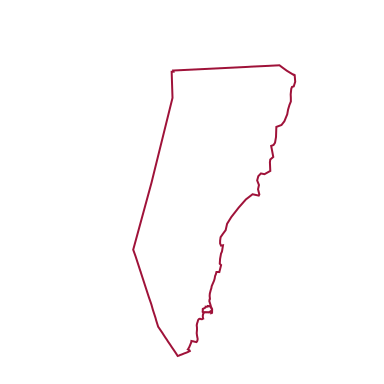 Al Hawak, Al Hudaydah, Yemen (Robinson projection), rotated 207°
{"feature_id": "15242507B19229428361360", "entity_name": "Al Hawak", "entity_type": "district", "adm_level": 2, "iso_a3": "YEM", "parent_name": "Yemen", "parent_adm1": "Al Hudaydah", "projection": "robinson", "projection_center": [42.952, 14.752], "detail": "fine", "context": "isolated", "style": "outline", "palette": "rose", "viewbox_px": 384, "rotation_deg": 207, "n_neighbors": 0, "source": "geoboundaries", "source_scale": "gbopen_adm2", "svg_char_len": 3170}
<svg xmlns="http://www.w3.org/2000/svg" viewBox="0 0 384 384"><g transform="rotate(207 192 192)"><path d="M264.7,289.9L252.1,267.0L234.5,191.3L232.3,181.9L218.6,115.9L218.2,113.9L213.1,109.1L207.7,103.7L201.9,97.9L201.3,97.4L201.2,97.2L187.5,83.5L187.0,83.0L182.8,78.8L178.3,74.5L176.9,73.1L173.4,69.3L172.2,68.1L171.5,67.4L167.6,63.5L167.4,63.3L165.6,61.3L161.0,56.6L154.8,53.2L154.4,53.0L153.6,52.5L149.8,50.3L147.2,48.9L145.4,47.8L145.0,47.6L142.6,46.3L142.4,46.2L139.6,44.6L137.2,43.3L135.9,42.6L133.9,41.5L133.2,41.1L130.3,39.4L129.6,40.1L129.2,40.5L128.9,40.9L128.5,41.5L128.0,41.9L127.8,42.1L127.7,42.3L127.2,42.8L126.9,43.1L126.8,43.3L126.5,43.6L126.0,44.2L125.6,44.7L124.6,45.7L124.2,46.2L124.0,46.4L123.3,47.2L123.0,47.6L122.8,47.8L122.2,48.8L121.8,49.1L121.7,49.3L122.4,49.8L123.6,49.9L124.2,49.9L124.1,50.5L124.1,51.4L124.0,52.8L124.1,53.1L124.1,53.4L124.2,55.0L124.3,55.9L124.3,56.2L124.4,57.3L124.5,57.9L124.6,58.1L124.9,59.0L124.0,59.2L123.6,59.4L123.3,59.4L122.8,59.6L122.1,59.7L119.9,60.3L119.8,60.8L119.7,61.5L119.8,62.2L119.9,62.5L120.0,62.9L120.1,63.3L120.7,64.3L120.9,64.5L121.2,64.8L121.7,65.5L121.9,65.8L122.1,66.0L122.4,66.4L123.0,67.3L123.7,68.3L124.2,69.5L124.6,70.5L124.7,70.8L124.9,71.2L125.1,71.7L125.3,72.1L125.9,73.2L126.1,73.6L126.7,74.5L127.0,74.9L127.2,75.4L127.4,75.6L127.5,76.2L127.6,76.6L127.8,77.1L127.9,77.8L127.9,78.1L128.0,78.6L128.3,80.1L128.4,80.5L128.2,81.8L127.5,82.6L126.9,82.8L126.3,82.8L126.1,82.8L125.1,83.4L124.8,84.1L124.6,84.3L125.0,84.7L125.8,85.9L126.2,86.6L126.4,87.5L126.6,87.8L126.6,88.0L126.7,88.6L126.6,88.9L126.6,89.4L126.7,89.8L126.5,90.2L126.3,90.4L125.3,90.9L123.6,91.8L122.0,92.5L121.9,92.8L121.3,93.9L121.4,94.0L122.1,92.8L122.2,92.6L122.4,92.6L123.3,92.1L125.6,91.0L126.9,90.3L127.7,89.8L128.1,90.0L128.9,92.1L129.3,92.5L129.3,92.8L129.1,93.0L128.7,93.5L128.2,94.2L127.6,95.1L127.6,95.6L127.6,95.8L127.7,96.0L127.4,96.1L126.0,97.0L126.2,97.6L125.4,97.9L124.3,98.4L122.0,97.2L121.5,96.9L121.2,96.8L121.1,96.6L120.9,96.4L120.8,96.1L120.6,95.6L120.5,95.3L120.3,95.1L120.1,94.9L120.0,94.4L119.8,93.8L119.9,93.4L119.8,92.8L119.4,93.1L119.3,93.5L120.9,96.8L123.4,98.7L123.7,99.2L127.0,102.6L127.6,104.3L127.4,104.6L127.6,105.1L129.1,107.4L130.0,109.6L130.8,113.2L131.1,115.1L131.7,117.0L132.1,123.0L132.5,125.1L133.3,127.7L133.4,129.5L133.9,131.8L131.3,133.1L132.9,140.1L134.7,140.7L136.6,145.1L138.2,150.4L138.2,151.7L138.4,153.0L140.2,158.6L141.8,157.4L143.6,158.9L144.9,161.5L146.0,164.7L145.5,168.5L144.7,173.3L146.3,179.6L145.6,187.6L143.3,199.4L140.6,209.9L139.5,212.2L137.0,217.5L130.9,219.1L130.9,220.4L134.4,224.4L135.5,228.6L139.2,231.9L140.1,236.2L139.0,239.8L135.5,240.8L131.8,246.3L136.1,253.9L137.0,256.5L135.5,260.1L137.8,263.1L139.8,265.7L142.4,269.0L140.7,270.9L140.4,273.6L142.1,279.1L146.4,288.3L142.7,292.3L141.8,296.9L142.1,300.5L142.4,304.4L143.8,309.0L144.7,313.9L145.0,317.5L146.7,320.8L148.4,323.8L150.4,329.0L150.6,331.0L149.3,332.3L150.1,337.1L153.6,342.8L153.8,342.8L153.6,342.4L162.6,343.1L167.6,343.9L171.6,344.6L178.4,340.7L180.8,339.3L196.1,330.6L197.6,329.7L199.8,328.4L225.8,313.5L263.9,291.7L263.1,290.8L264.7,289.9Z" fill="none" stroke="#9f1239" stroke-width="2"/></g></svg>